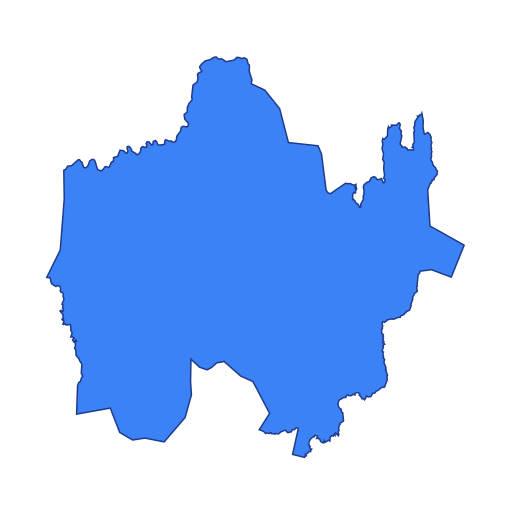 Cagaan-Uul, Hövsgöl, Mongolia (Natural Earth projection), rotated 276°
{"feature_id": "93677404B10407015585804", "entity_name": "Cagaan-Uul", "entity_type": "district", "adm_level": 2, "iso_a3": "MNG", "parent_name": "Mongolia", "parent_adm1": "Hövsgöl", "projection": "natural_earth1", "projection_center": [98.66, 49.521], "detail": "fine", "context": "isolated", "style": "filled", "palette": "blue", "viewbox_px": 512, "rotation_deg": 276, "n_neighbors": 0, "source": "geoboundaries", "source_scale": "gbopen_adm2", "svg_char_len": 6007}
<svg xmlns="http://www.w3.org/2000/svg" viewBox="0 0 512 512"><g transform="rotate(276 256 256)"><path d="M331.1,73.1L331.6,71.9L333.3,70.5L333.1,69.1L326.4,63.0L325.6,59.2L322.7,58.0L321.2,55.9L293.0,59.3L241.5,60.7L212.8,50.1L212.8,53.6L208.6,54.8L206.6,56.2L204.8,60.2L206.0,61.7L205.2,64.2L202.9,65.2L200.8,64.9L199.7,65.6L199.4,67.3L198.4,68.4L196.0,68.3L192.8,69.5L187.7,68.1L187.1,69.3L184.0,69.0L183.0,70.2L180.7,69.7L181.7,68.1L180.8,66.8L177.5,70.2L174.7,70.4L173.2,71.3L172.8,71.0L173.1,69.9L172.5,69.7L171.3,71.7L167.9,71.2L167.8,72.0L168.9,73.0L167.5,74.4L168.4,78.4L168.0,78.8L162.5,79.7L160.3,81.2L156.1,80.3L156.2,82.1L155.3,83.7L154.8,83.8L153.8,82.3L151.6,83.5L151.5,84.2L153.2,85.3L153.3,85.9L152.3,86.5L151.1,85.0L148.0,85.9L145.8,85.2L144.6,85.6L143.8,86.6L138.5,87.4L134.7,91.1L133.4,91.5L130.5,94.1L121.1,94.5L118.2,96.3L117.0,95.3L112.8,94.4L111.6,92.9L108.5,92.1L80.0,94.1L89.5,127.0L66.3,138.9L60.1,152.5L63.3,164.6L61.5,184.1L88.0,202.4L111.2,206.3L123.8,204.1L146.6,202.1L139.5,211.5L137.7,219.3L140.2,223.1L145.8,228.3L146.9,233.1L147.9,235.1L134.9,253.5L130.8,266.1L100.9,286.0L83.6,277.4L82.3,282.0L80.5,284.0L81.1,285.6L80.9,288.3L81.7,288.7L81.8,289.7L80.9,290.2L81.2,293.0L80.8,293.5L81.4,293.9L81.4,296.9L83.9,299.4L85.6,302.7L85.5,303.9L83.7,305.8L83.9,307.1L84.9,309.5L87.1,310.3L87.4,312.5L89.5,314.0L89.2,315.4L88.7,316.1L62.5,313.1L60.8,325.2L62.6,326.8L63.0,325.8L63.9,325.7L64.4,326.9L67.3,329.7L67.2,330.8L68.8,330.7L69.7,331.5L69.9,330.6L71.1,329.4L72.4,329.7L73.4,328.4L76.4,328.1L79.6,329.3L82.1,331.7L82.2,332.7L83.8,333.2L83.5,335.7L82.9,336.2L81.0,335.4L81.3,336.4L80.8,337.0L80.7,338.4L78.4,339.6L77.3,341.5L77.2,343.0L79.5,343.1L78.1,344.4L80.4,347.4L79.7,348.8L83.7,348.7L85.3,350.1L84.9,351.6L86.7,352.3L85.9,353.3L87.5,353.0L88.3,353.5L85.9,356.7L87.6,357.0L88.7,356.0L91.3,356.8L92.7,356.2L96.1,356.4L97.1,357.2L98.3,357.0L101.1,360.3L109.3,358.6L109.8,357.3L112.5,356.8L112.8,355.5L115.4,353.5L117.8,353.0L121.2,353.6L124.4,357.9L124.7,360.1L126.6,360.5L127.5,361.6L126.8,362.9L127.1,365.5L128.6,366.7L128.1,369.0L129.9,368.9L130.9,371.2L130.0,373.6L128.5,373.2L126.5,375.6L125.1,376.1L125.3,377.5L124.3,379.0L128.3,380.7L127.6,382.3L128.1,384.9L131.6,386.3L132.1,388.5L134.4,389.8L134.8,391.0L138.9,395.3L138.7,397.0L139.3,397.6L146.7,399.5L149.7,398.8L151.0,399.3L154.6,397.7L155.4,396.8L156.5,397.5L157.4,396.6L158.8,396.9L163.4,394.3L166.7,394.7L168.0,393.1L169.3,393.4L172.4,392.3L173.7,392.8L174.4,391.4L179.1,392.2L180.5,391.5L181.7,393.2L183.0,392.1L183.1,391.2L184.3,392.1L185.6,390.7L186.6,391.4L187.7,390.6L188.8,391.3L189.8,390.6L191.3,390.9L191.9,389.2L196.1,388.6L196.9,389.3L198.1,388.9L199.1,389.4L203.1,388.3L203.9,389.0L203.5,390.9L204.9,392.4L205.7,392.4L207.4,396.5L207.6,399.8L209.7,403.5L210.1,405.8L211.8,406.4L213.1,409.1L215.0,410.1L215.3,411.1L216.6,411.4L218.0,414.2L222.6,415.5L224.4,415.2L229.5,416.4L231.4,416.1L235.7,417.9L237.7,420.1L242.2,418.9L243.0,419.6L243.7,419.2L254.4,419.2L255.9,420.4L258.1,420.9L260.7,431.9L255.4,452.4L288.5,461.9L304.0,425.9L339.8,419.8L346.3,421.7L346.6,422.3L347.1,421.8L348.7,423.3L350.1,423.2L350.5,425.1L352.4,425.1L355.7,427.5L359.4,427.6L360.5,426.2L362.3,425.5L365.0,422.5L368.1,421.4L369.8,419.7L373.5,420.2L376.9,419.6L377.9,420.1L380.3,419.0L381.3,419.4L383.9,418.4L387.4,419.0L389.3,417.9L392.3,417.8L395.0,416.3L396.8,414.1L394.7,410.9L395.0,410.5L401.9,408.6L408.1,408.2L415.3,406.0L414.4,405.8L413.3,404.6L413.3,403.9L412.3,403.7L412.0,402.3L411.7,402.9L406.6,400.2L404.4,399.9L402.3,400.3L400.6,399.5L396.8,400.6L395.8,400.0L385.4,401.6L383.4,400.3L381.5,400.7L380.4,400.0L380.3,401.3L377.8,401.3L377.7,397.6L377.2,396.4L377.4,395.6L378.8,395.0L378.7,394.3L380.0,393.2L379.3,390.0L380.7,389.6L382.4,387.6L390.8,388.5L392.4,387.3L395.4,387.6L397.8,385.3L401.9,385.7L403.3,384.7L403.3,383.9L400.7,381.9L400.4,377.1L399.4,377.5L397.2,375.1L398.5,374.2L395.6,373.7L389.3,374.2L385.8,371.6L385.4,370.8L386.1,369.8L383.5,369.5L380.4,370.5L376.0,370.1L370.8,372.2L365.4,371.8L362.6,373.7L356.4,373.8L349.8,375.4L346.5,374.9L345.2,376.4L344.0,376.5L342.1,375.4L343.3,374.2L346.2,372.7L344.9,370.3L344.8,368.0L346.6,366.9L347.3,364.9L345.7,362.3L342.1,361.1L340.7,358.4L338.3,356.1L336.0,355.5L332.3,356.6L328.5,356.9L326.4,356.3L323.8,356.9L318.3,354.7L315.5,355.0L315.2,353.9L318.0,352.3L319.4,349.5L321.0,348.8L322.7,346.8L322.2,346.4L322.6,346.1L327.6,345.7L329.5,346.9L328.9,347.8L329.3,348.4L331.2,348.2L333.2,349.1L334.9,348.5L333.5,347.8L334.6,347.3L337.6,347.9L336.7,346.1L337.0,344.0L338.0,342.3L337.5,340.8L337.7,337.5L325.9,323.7L325.9,321.7L327.4,319.9L329.4,318.7L364.2,310.5L372.1,306.2L372.2,276.4L405.0,264.1L421.9,247.4L426.6,233.8L427.6,233.2L430.5,233.6L439.0,230.0L445.2,229.5L445.8,228.3L450.7,226.4L451.9,223.7L450.9,221.0L451.6,218.8L451.5,216.1L449.3,214.4L448.2,212.8L446.1,205.8L448.5,201.4L448.0,198.5L448.3,197.2L449.7,195.9L449.6,194.5L449.0,193.0L446.6,190.1L444.7,185.1L441.4,182.0L438.7,180.3L437.5,180.3L433.8,182.8L431.7,179.3L430.3,178.9L426.1,179.7L423.0,179.3L419.4,175.5L407.5,175.4L404.8,176.2L400.8,173.5L397.0,172.2L392.0,172.5L389.2,169.7L384.7,170.8L380.9,174.9L378.6,175.0L377.2,173.9L377.4,169.8L376.0,168.1L372.3,167.9L366.9,164.7L362.8,164.6L360.5,162.8L360.4,161.2L361.6,159.6L361.1,157.8L362.2,154.1L361.2,153.4L357.4,153.2L356.2,148.4L356.5,146.7L359.3,145.2L360.4,143.7L359.2,141.8L356.2,141.8L355.4,140.7L358.3,137.6L358.3,135.9L356.4,134.9L354.7,135.8L352.7,135.7L352.5,133.6L353.0,132.3L352.5,131.1L350.8,130.1L348.8,130.4L346.7,129.7L344.9,128.5L344.3,126.8L345.5,125.5L347.2,121.7L350.4,120.0L351.4,118.6L351.8,117.9L351.4,116.7L350.1,116.3L347.1,117.6L344.7,117.1L344.5,116.3L346.9,113.3L347.0,109.7L340.7,108.0L339.0,104.0L335.9,104.4L334.7,103.8L334.6,103.2L335.5,103.7L333.6,102.1L329.1,100.8L328.6,99.8L329.3,97.8L329.0,96.6L326.1,94.9L324.6,93.3L324.9,90.5L325.8,89.2L333.2,86.2L334.9,84.8L335.0,82.9L333.1,80.7L327.8,79.3L325.7,77.1L326.3,75.3L331.1,73.1Z" fill="#3b82f6" stroke="#1e3a8a" stroke-width="1.5"/></g></svg>